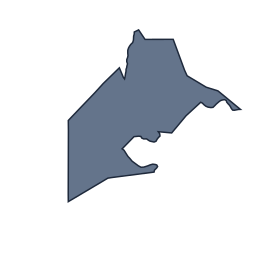 outline of Novo Oriente do Piauí, Piauí, Brazil, rotated 226°
{"feature_id": "56859067B12643710449311", "entity_name": "Novo Oriente do Piauí", "entity_type": "district", "adm_level": 2, "iso_a3": "BRA", "parent_name": "Brazil", "parent_adm1": "Piauí", "projection": "robinson", "projection_center": [-42.009, -6.478], "detail": "fine", "context": "isolated", "style": "filled", "palette": "slate", "viewbox_px": 256, "rotation_deg": 226, "n_neighbors": 0, "source": "geoboundaries", "source_scale": "gbopen_adm2", "svg_char_len": 1379}
<svg xmlns="http://www.w3.org/2000/svg" viewBox="0 0 256 256"><g transform="rotate(226 128 128)"><path d="M63.3,221.8L92.2,218.5L103.0,212.6L124.5,206.8L130.2,208.8L160.4,222.1L179.9,201.8L191.2,203.8L192.7,199.2L191.3,197.8L190.2,195.9L188.7,194.3L187.4,192.9L186.2,190.7L186.2,188.1L185.8,185.9L185.2,184.0L184.1,181.9L182.1,179.9L180.0,178.2L178.9,176.5L178.1,174.7L176.6,173.2L174.5,172.2L173.3,170.2L172.3,168.9L171.6,167.4L170.2,166.0L168.9,164.1L167.2,161.9L165.7,159.6L167.6,159.8L177.3,163.6L177.2,141.0L176.4,128.7L175.7,110.0L174.9,90.3L167.5,83.3L122.1,39.2L116.5,33.9L106.5,76.2L105.9,78.7L103.8,81.7L78.2,116.1L79.3,117.8L79.3,120.6L79.7,122.5L81.4,123.0L82.8,122.3L84.8,120.7L86.2,118.1L87.0,116.0L88.9,112.2L90.7,110.1L93.9,109.1L95.4,108.9L98.3,108.4L101.3,107.9L105.0,108.2L107.5,108.2L109.6,108.6L114.8,109.7L117.1,109.3L117.6,126.3L114.7,130.0L113.0,131.4L111.2,130.9L109.2,131.7L107.3,133.8L105.0,134.2L103.3,134.7L101.9,135.6L99.8,137.0L99.0,138.9L99.7,141.2L100.0,143.3L100.0,145.4L101.8,146.8L104.3,147.2L94.1,156.0L96.5,178.4L96.0,198.2L94.2,198.8L92.0,198.8L89.7,199.1L87.5,200.0L85.1,201.8L83.8,203.5L83.8,205.9L83.9,208.2L83.7,211.7L83.4,213.7L82.7,215.1L81.4,217.1L79.5,217.8L78.1,217.0L75.8,216.8L74.1,216.8L72.3,216.5L70.3,215.9L68.2,215.7L66.9,216.8L65.8,218.5L64.7,220.2L63.3,221.8Z" fill="#64748b" stroke="#1e293b" stroke-width="1.5"/></g></svg>